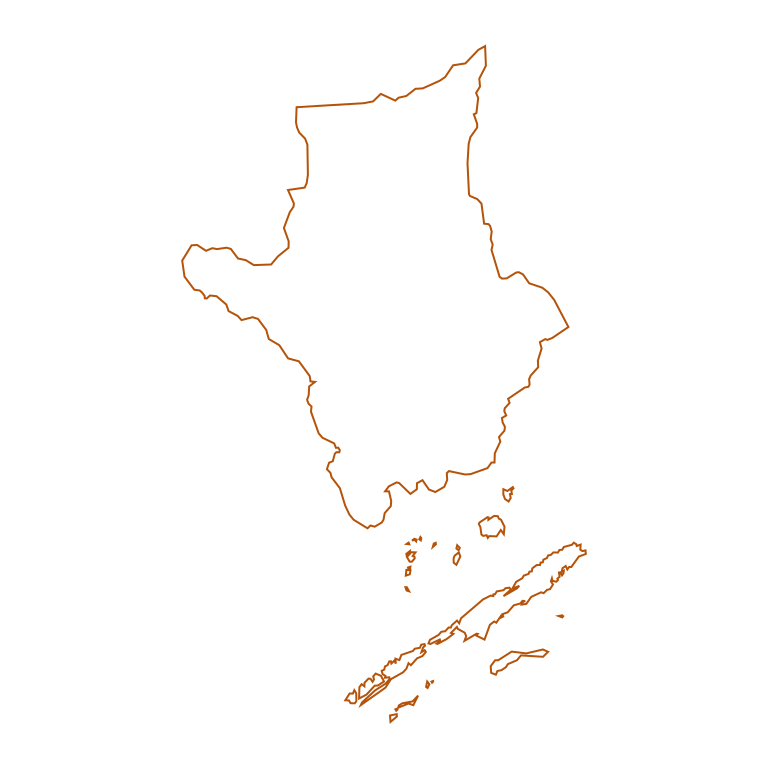 the district of Hai Ha, Quảng Ninh, Vietnam
{"feature_id": "81297802B53592665760601", "entity_name": "Hai Ha", "entity_type": "district", "adm_level": 2, "iso_a3": "VNM", "parent_name": "Vietnam", "parent_adm1": "Quảng Ninh", "projection": "equal_earth", "projection_center": [107.715, 21.448], "detail": "fine", "context": "isolated", "style": "outline", "palette": "amber", "viewbox_px": 768, "rotation_deg": 0, "n_neighbors": 0, "source": "geoboundaries", "source_scale": "gbopen_adm2", "svg_char_len": 6135}
<svg xmlns="http://www.w3.org/2000/svg" viewBox="0 0 768 768"><path d="M204.8,298.3L206.7,298.5L210.0,295.5L216.5,296.2L226.3,304.5L228.6,311.1L237.7,315.9L241.5,320.1L252.6,317.2L258.0,318.9L266.2,329.9L268.8,339.0L279.3,345.2L288.1,358.4L298.9,361.3L309.7,376.0L310.5,381.4L315.0,381.9L309.2,386.4L308.7,395.1L307.1,399.8L308.6,403.8L311.5,406.5L311.0,411.8L318.7,433.4L322.5,437.8L334.2,443.4L335.9,447.8L338.3,447.7L339.8,450.2L339.3,452.3L336.4,452.2L334.8,453.8L332.8,461.2L329.1,462.7L326.9,469.2L330.4,472.8L331.6,477.3L339.9,488.2L345.1,505.4L349.4,514.6L353.7,519.8L367.5,528.3L370.5,525.5L374.7,526.7L381.8,522.5L383.5,519.7L384.7,513.1L390.8,506.1L391.2,501.0L389.0,491.4L385.1,491.3L388.9,486.3L396.6,482.4L399.2,483.1L410.4,493.9L416.8,489.3L417.0,483.2L422.5,480.2L429.0,489.6L435.4,492.0L444.3,486.8L447.2,480.0L446.8,473.1L448.9,471.1L465.2,474.5L470.7,474.1L487.5,468.1L491.5,462.5L494.5,462.5L494.8,453.3L500.3,441.6L499.0,437.0L504.5,430.6L504.9,426.7L502.7,422.6L501.9,418.0L506.2,415.5L504.3,411.2L504.7,408.3L509.6,402.9L508.1,398.8L524.6,387.6L528.5,386.7L529.6,384.5L529.1,379.2L530.7,375.5L538.2,367.2L537.9,360.5L541.6,348.6L539.9,342.1L545.3,339.1L547.3,339.9L552.2,338.0L568.4,327.0L554.2,299.9L548.2,292.4L542.3,287.7L529.2,283.3L523.1,274.5L518.8,272.2L516.2,272.5L506.7,278.4L502.0,278.6L499.6,276.8L491.5,249.9L492.7,244.7L490.7,239.1L491.7,231.6L490.1,225.9L488.5,224.1L484.1,223.7L481.5,203.7L477.3,199.1L470.0,196.0L469.0,194.3L467.5,163.2L468.7,143.7L470.4,137.1L477.2,127.5L477.1,123.7L473.8,114.3L476.4,113.1L478.2,98.0L476.1,92.9L480.0,86.6L479.3,78.6L485.9,65.7L485.1,46.1L478.4,49.8L465.4,63.4L453.1,65.3L445.2,77.0L440.0,80.6L422.7,88.4L415.5,88.8L406.3,96.0L398.6,97.7L395.3,100.6L380.8,93.9L373.1,101.4L363.8,103.2L296.6,107.2L296.0,122.4L297.0,127.4L299.3,132.7L305.1,138.6L307.4,144.6L307.9,174.9L306.7,183.1L304.7,187.6L288.0,190.0L293.9,203.5L293.5,206.7L289.8,212.2L283.9,228.0L288.7,241.4L288.5,247.8L278.0,256.3L271.1,264.5L253.8,265.1L245.7,260.1L238.0,258.5L230.8,248.9L226.5,247.7L217.0,249.1L212.3,248.2L206.0,250.8L197.2,245.0L191.6,245.3L182.2,260.6L184.5,276.6L194.3,289.7L199.7,290.5L202.1,292.6L204.6,295.9L204.8,298.3ZM576.7,546.0L576.4,544.3L573.8,542.7L571.9,544.8L563.8,547.0L562.3,549.7L559.4,550.0L557.9,552.6L553.4,552.4L550.7,555.0L548.1,555.4L547.0,558.0L543.4,559.7L542.8,562.3L540.6,562.6L540.0,565.0L536.6,565.1L532.3,568.4L531.8,571.4L529.4,571.7L528.6,573.9L523.8,575.6L522.2,578.3L516.2,581.8L512.4,588.6L519.3,585.9L516.9,588.4L503.5,596.1L510.8,589.7L509.4,587.7L505.5,588.2L503.5,590.2L496.8,591.4L495.0,594.3L493.4,594.4L493.3,596.1L490.6,595.6L483.1,599.4L461.0,618.3L459.2,623.3L457.0,620.6L451.8,625.2L450.9,627.5L448.6,627.5L445.3,631.2L441.3,631.8L438.6,634.9L430.0,639.8L428.5,643.4L430.3,644.0L439.8,639.5L440.3,641.1L436.6,643.6L437.6,643.9L446.4,639.2L453.4,633.9L451.0,632.9L456.9,626.9L457.8,628.9L464.7,632.7L466.2,636.2L464.5,640.8L476.6,633.7L477.7,633.9L476.2,635.5L484.5,639.6L489.9,624.8L494.2,621.5L496.3,622.7L501.3,615.4L502.3,615.6L501.8,617.2L503.2,616.5L502.4,614.2L507.7,612.3L513.8,605.3L520.2,603.5L522.6,600.8L525.3,601.2L522.8,601.9L521.7,604.6L526.3,603.9L531.2,596.9L541.1,592.3L543.6,593.2L547.1,589.8L550.0,589.2L553.0,584.5L550.9,581.4L551.9,578.4L552.5,580.9L556.4,581.7L558.0,580.0L557.4,578.6L559.6,576.8L559.0,572.5L560.2,572.3L562.0,575.4L563.5,573.3L563.8,570.7L561.7,571.9L562.5,568.2L565.7,566.0L567.3,569.5L569.2,566.9L571.3,567.0L578.9,556.5L585.8,554.0L585.5,550.4L582.4,551.1L580.3,549.6L580.6,544.6L576.7,546.0ZM423.1,647.5L425.0,645.7L424.5,644.1L421.2,644.7L419.9,647.8L414.8,648.7L412.9,651.0L401.4,654.9L399.4,660.1L395.5,658.7L395.8,663.6L394.3,660.6L391.4,663.5L390.9,661.3L389.3,661.4L387.6,665.1L384.9,666.5L384.3,669.6L381.7,670.8L382.6,674.1L385.5,676.0L385.0,677.7L389.3,677.3L389.6,679.0L385.8,683.5L375.1,690.4L362.0,702.5L360.8,705.1L385.4,687.7L391.0,679.1L403.1,672.3L406.4,668.7L408.5,663.2L410.9,665.2L417.1,658.3L422.4,656.1L425.8,651.9L424.7,650.2L421.4,652.2L423.1,647.5ZM548.1,651.8L542.9,649.5L526.2,653.4L511.7,651.6L498.3,660.2L495.1,660.3L490.7,666.2L491.2,672.9L495.9,674.7L497.4,671.0L501.4,670.2L505.9,667.2L507.9,664.1L517.0,660.2L521.0,655.4L543.0,656.8L548.1,651.8ZM501.0,519.7L498.8,518.6L497.8,516.2L494.1,515.9L488.4,519.8L488.5,517.4L487.6,517.1L479.5,522.5L478.8,523.9L480.4,527.1L481.4,534.5L483.2,535.9L486.6,535.2L487.8,537.9L489.2,536.1L496.6,536.4L500.8,530.0L503.8,534.2L504.5,526.6L501.0,519.7ZM384.0,681.5L381.0,675.8L375.6,673.6L373.2,676.5L374.0,679.4L372.6,681.8L370.5,678.8L368.5,678.6L364.5,682.8L364.4,686.3L361.6,684.2L359.4,687.2L359.1,698.5L366.5,694.6L374.7,685.7L377.9,685.5L384.0,681.5ZM356.2,693.2L354.3,690.2L352.9,693.6L349.6,693.5L345.3,700.3L349.0,700.5L350.6,703.2L354.8,703.3L356.4,701.0L356.2,693.2ZM511.3,490.6L513.5,488.3L512.8,487.1L507.4,491.0L503.4,489.2L503.3,494.4L505.0,499.0L508.6,501.5L510.7,498.0L510.0,494.1L511.9,494.0L511.3,490.6ZM413.3,705.2L418.1,695.6L412.6,701.4L402.3,703.3L398.8,705.5L398.2,707.7L408.6,703.5L413.3,705.2ZM456.4,564.8L460.3,556.5L458.8,552.4L454.7,555.6L453.6,558.3L453.7,562.7L456.4,564.8ZM411.9,561.7L414.7,558.4L414.5,556.7L412.7,556.0L415.5,552.4L411.4,552.2L406.9,557.0L409.7,561.7L411.9,561.7ZM396.7,714.1L390.0,715.5L390.5,721.9L396.9,716.5L396.7,714.1ZM409.8,574.3L410.5,570.3L406.4,569.9L405.8,575.6L409.8,574.3ZM427.6,688.0L429.4,684.3L427.2,681.5L426.1,686.9L427.6,688.0ZM458.6,550.3L459.8,547.9L457.2,545.2L456.4,548.5L458.6,550.3ZM409.1,591.3L406.8,587.2L405.4,587.2L406.6,590.5L409.1,591.3ZM562.3,617.4L563.2,616.2L562.2,615.3L558.6,616.0L562.3,617.4ZM406.6,555.2L409.5,552.9L409.8,551.1L406.3,553.9L406.6,555.2ZM432.8,547.0L435.9,544.3L435.7,542.8L433.8,543.6L432.8,547.0ZM416.6,539.6L414.3,538.8L412.0,540.6L414.7,539.8L416.1,541.4L416.6,539.6ZM410.1,568.9L410.4,566.7L408.0,567.5L408.4,568.8L410.1,568.9ZM420.8,540.4L421.3,538.2L420.4,537.0L419.3,539.3L420.8,540.4ZM396.2,710.7L397.5,709.6L397.5,708.5L395.4,709.3L396.2,710.7ZM409.3,544.3L408.6,542.6L406.6,544.0L409.3,544.3ZM432.1,682.7L433.1,681.7L433.1,681.0L431.5,681.6L432.1,682.7Z" fill="none" stroke="#b45309" stroke-width="2"/></svg>